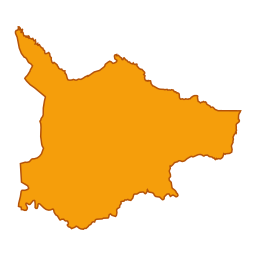 outline of Lubutu, Maniema, Democratic Republic of the Congo
{"feature_id": "63176286B14336347527587", "entity_name": "Lubutu", "entity_type": "district", "adm_level": 2, "iso_a3": "COD", "parent_name": "Democratic Republic of the Congo", "parent_adm1": "Maniema", "projection": "natural_earth1", "projection_center": [26.789, -0.716], "detail": "fine", "context": "isolated", "style": "filled", "palette": "amber", "viewbox_px": 256, "rotation_deg": 0, "n_neighbors": 0, "source": "geoboundaries", "source_scale": "gbopen_adm2", "svg_char_len": 5677}
<svg xmlns="http://www.w3.org/2000/svg" viewBox="0 0 256 256"><path d="M87.8,75.6L85.0,76.9L83.7,77.9L81.0,79.4L78.5,79.1L76.6,80.1L75.4,80.1L73.3,79.4L72.3,79.9L69.9,80.2L68.2,79.9L67.8,79.6L67.1,77.9L66.3,74.8L65.6,73.7L65.0,73.3L65.1,72.6L64.8,71.8L64.9,70.8L63.4,70.9L62.0,69.8L61.7,69.1L60.9,69.4L59.3,68.7L58.8,68.3L58.5,67.4L57.3,65.6L57.3,65.1L56.4,64.2L54.0,62.4L53.1,63.3L51.9,62.1L51.2,59.4L51.3,57.7L50.2,56.5L49.7,54.7L49.8,54.0L48.7,52.5L47.9,53.0L46.0,53.7L45.2,53.6L44.8,52.9L44.6,50.9L44.2,50.3L43.4,50.0L42.9,48.2L41.5,47.7L39.9,45.7L39.4,44.6L39.0,44.5L38.4,45.3L38.1,45.4L37.7,45.0L37.6,43.5L36.8,44.2L35.8,43.8L35.2,43.9L35.8,42.2L35.5,41.3L35.4,40.1L34.6,40.7L34.0,40.8L32.8,38.4L32.4,38.4L31.9,39.2L29.9,38.2L29.0,38.3L29.2,36.8L28.7,36.0L28.2,35.9L27.9,37.2L27.7,37.4L26.6,37.1L26.5,36.3L25.7,36.8L25.0,35.8L23.8,35.8L23.0,32.6L22.6,32.1L21.2,32.5L20.9,32.0L22.0,31.2L22.3,30.6L22.5,29.5L22.3,29.3L21.1,30.1L19.3,29.7L19.2,29.3L19.9,29.3L20.4,28.8L20.2,28.1L19.2,26.9L18.3,26.8L18.4,28.2L18.2,29.1L17.6,30.1L16.1,30.5L15.4,31.9L15.6,33.6L17.2,37.2L19.3,48.1L21.4,53.4L24.2,57.2L25.5,57.6L26.7,59.0L28.1,61.7L28.9,62.7L30.8,63.8L32.5,65.8L31.7,67.6L30.4,69.8L30.0,71.2L27.5,75.2L25.4,77.4L24.8,78.5L26.6,81.0L30.2,84.7L34.6,87.8L45.3,96.7L45.3,97.5L44.5,100.7L43.3,108.0L43.2,114.9L42.6,116.5L41.2,118.4L40.6,120.6L39.9,121.1L40.8,124.0L41.0,127.5L40.7,136.5L41.7,144.1L42.2,145.9L43.5,148.2L41.5,153.8L39.6,156.2L37.3,157.9L34.3,158.8L32.4,158.9L31.5,159.3L29.4,161.7L26.9,162.4L25.2,162.2L20.4,163.6L21.5,182.1L27.7,185.8L28.7,188.2L27.7,189.4L25.1,190.3L22.0,190.3L21.2,191.4L20.4,196.6L18.7,203.5L18.5,206.4L21.1,207.2L21.4,209.6L23.1,209.7L24.3,210.3L26.1,210.3L26.5,209.7L26.9,209.5L27.4,207.9L25.8,204.1L26.1,203.3L26.8,203.2L28.8,204.4L29.6,204.5L30.2,204.2L33.1,200.6L34.4,200.4L34.8,200.8L35.2,204.0L35.1,207.5L35.9,208.4L36.9,208.4L37.3,208.0L37.9,206.1L38.0,204.4L38.5,203.7L39.1,203.7L40.0,204.1L43.7,207.7L45.7,209.2L46.9,209.7L48.6,210.1L50.2,210.0L52.9,209.0L53.6,209.8L54.2,212.3L55.7,214.8L57.5,215.9L59.8,219.8L60.3,220.0L61.6,219.3L63.7,219.2L64.4,220.2L65.4,220.9L67.3,221.0L67.7,221.4L68.3,222.8L68.3,223.6L68.1,224.4L67.4,224.7L67.3,225.1L68.4,226.7L70.4,227.4L71.5,228.6L74.8,227.3L76.0,226.3L76.7,226.3L77.2,226.8L77.8,226.9L79.2,228.2L80.9,228.9L83.4,229.2L84.4,228.4L86.1,228.4L88.2,226.5L89.0,225.3L90.8,224.4L92.0,222.4L93.2,221.7L94.6,222.0L95.3,220.0L95.7,219.6L97.0,219.2L102.1,218.9L103.4,218.2L108.1,218.0L108.6,217.4L109.2,214.7L110.5,213.9L112.0,215.3L115.5,216.4L116.4,215.4L116.9,212.7L116.6,210.0L116.8,209.5L117.5,208.6L119.3,207.5L119.7,207.1L119.7,205.5L121.0,203.8L121.1,203.1L120.9,201.9L121.3,201.5L124.0,201.1L125.0,199.8L126.1,200.1L127.9,199.4L128.3,199.9L130.8,200.4L132.7,198.2L133.8,194.5L134.4,194.1L137.0,194.0L139.7,192.3L142.8,192.0L143.6,192.2L145.0,193.6L145.5,193.7L146.4,192.8L147.0,191.7L147.3,190.5L147.2,189.9L147.4,189.6L148.4,191.5L149.0,192.1L152.1,192.6L153.2,193.2L153.8,193.9L154.6,195.6L155.8,196.5L159.7,197.1L162.4,199.7L163.2,199.6L163.8,199.2L164.1,198.6L164.3,196.8L167.0,194.1L168.9,193.9L170.4,196.4L172.6,195.1L173.5,195.2L176.0,196.8L176.6,196.7L177.5,196.2L178.0,195.2L177.4,193.7L176.3,192.6L175.9,191.4L174.7,190.1L172.6,188.5L172.0,187.7L171.2,182.3L169.3,180.3L169.0,178.7L169.4,177.8L170.5,176.6L170.4,174.5L169.3,171.6L169.3,170.7L170.3,168.4L170.0,166.2L170.2,165.8L171.0,166.2L171.4,166.0L172.9,164.6L174.6,162.5L175.9,162.3L176.5,161.9L177.5,161.8L178.4,161.0L179.0,160.7L180.3,160.8L182.2,161.5L183.9,161.1L184.8,160.7L186.8,158.9L188.7,157.7L190.9,156.5L191.8,156.4L192.8,156.9L193.6,156.7L198.1,154.7L200.3,154.4L200.9,154.7L201.5,154.7L203.5,156.0L204.1,156.0L205.0,155.3L207.5,155.1L209.3,156.6L211.5,156.9L212.3,157.2L213.2,158.1L214.3,158.0L215.0,159.3L215.4,159.6L215.9,159.4L216.4,158.5L217.2,159.0L218.5,158.6L220.5,158.9L221.8,158.0L222.8,156.8L223.8,153.6L225.1,154.3L225.6,153.8L229.6,153.4L231.7,152.1L232.1,149.5L231.4,146.1L231.7,144.9L233.0,142.4L232.9,141.2L233.4,139.1L233.0,137.3L234.2,134.6L235.3,133.5L235.5,132.5L235.8,132.5L236.2,133.0L236.3,132.5L236.0,131.4L236.5,130.3L236.2,128.8L236.3,127.0L236.1,125.0L236.6,123.8L238.9,122.0L239.4,120.9L238.9,119.4L238.4,119.1L238.6,115.0L239.4,113.0L239.8,112.7L240.6,110.8L218.1,110.7L215.0,109.4L213.2,107.4L212.4,107.1L210.8,107.4L210.1,106.1L207.1,104.4L206.6,103.8L206.5,103.0L205.9,102.6L205.6,101.9L204.7,102.1L203.4,101.5L202.6,102.1L201.5,102.2L200.5,102.9L198.0,101.0L197.5,97.7L197.7,96.2L197.5,95.9L196.7,95.6L194.6,95.6L193.1,96.1L192.2,96.9L191.5,97.1L190.1,98.8L189.0,98.8L188.1,99.3L185.5,98.8L184.8,99.3L183.7,99.4L182.6,98.8L180.5,99.2L179.5,97.8L179.2,94.2L178.8,93.5L177.6,92.8L177.0,93.0L176.5,92.9L175.8,91.8L174.3,91.7L173.3,90.1L171.4,89.7L170.5,90.2L169.2,89.9L167.8,90.1L167.2,89.4L164.7,89.7L164.0,89.4L159.9,89.2L157.8,88.5L153.4,86.0L152.7,85.9L150.9,83.3L151.0,82.7L150.5,80.8L149.9,80.9L148.7,80.5L148.4,81.0L147.9,81.1L147.7,80.8L147.2,80.9L146.9,80.5L146.1,80.8L144.9,79.6L144.5,77.1L145.0,76.0L144.9,75.5L143.7,74.6L144.7,73.2L144.6,72.3L141.8,69.3L140.6,69.4L140.0,68.8L139.4,68.7L137.2,66.2L136.9,65.6L137.0,64.3L136.1,64.0L135.1,64.6L134.0,64.1L133.3,63.0L132.7,63.8L132.4,63.5L131.8,63.7L130.4,63.2L129.6,62.0L128.6,62.1L127.9,61.7L126.8,60.3L125.9,60.0L124.1,57.8L123.8,57.9L122.8,59.7L122.0,59.5L121.6,58.0L120.2,57.3L119.7,56.5L118.0,55.2L117.3,55.7L116.6,55.7L116.6,54.5L114.9,55.0L114.5,55.6L114.4,56.2L114.8,58.6L115.1,59.1L116.8,60.2L116.9,60.9L116.0,62.2L114.1,63.1L112.9,63.3L112.4,63.0L111.3,61.9L109.7,61.2L108.0,62.2L105.3,64.3L104.7,66.2L104.2,66.8L99.6,70.4L94.2,72.0L88.0,76.3L87.8,75.6Z" fill="#f59e0b" stroke="#b45309" stroke-width="1.5"/></svg>